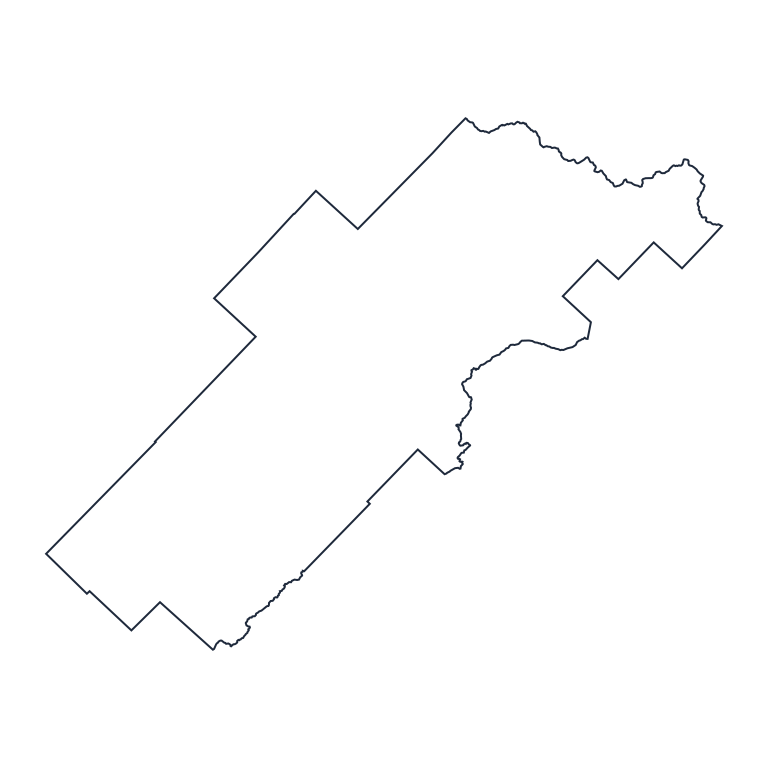 outline of 25 de Mayo, Buenos Aires, Argentina
{"feature_id": "61730980B17361655515044", "entity_name": "25 de Mayo", "entity_type": "district", "adm_level": 2, "iso_a3": "ARG", "parent_name": "Argentina", "parent_adm1": "Buenos Aires", "projection": "robinson", "projection_center": [-59.976, -35.554], "detail": "fine", "context": "isolated", "style": "outline", "palette": "slate", "viewbox_px": 768, "rotation_deg": 0, "n_neighbors": 0, "source": "geoboundaries", "source_scale": "gbopen_adm2", "svg_char_len": 6124}
<svg xmlns="http://www.w3.org/2000/svg" viewBox="0 0 768 768"><path d="M587.6,338.9L590.9,322.2L562.8,296.2L597.4,260.2L618.4,279.1L653.7,242.4L682.0,268.3L705.2,244.0L721.9,226.0L718.5,224.3L716.6,224.8L715.0,224.2L713.3,224.4L712.2,223.9L710.5,222.3L707.7,222.2L706.3,221.2L705.9,220.5L706.4,218.2L706.0,217.6L705.3,217.3L702.6,217.5L702.1,217.2L701.7,216.9L701.2,215.0L699.8,213.6L699.7,211.0L698.9,210.1L698.7,209.4L699.0,206.9L698.1,205.7L697.6,203.8L697.8,202.9L698.6,201.1L698.4,199.8L697.5,199.0L697.5,198.6L700.2,195.8L701.5,192.1L702.5,191.1L703.6,189.1L703.7,188.0L704.5,186.3L704.4,185.3L704.1,184.8L701.6,183.1L700.6,181.6L700.6,180.5L703.0,176.6L703.1,175.6L699.9,173.5L697.7,171.3L696.6,169.5L694.6,167.8L692.2,166.1L689.6,165.4L689.0,164.9L688.4,163.2L688.6,161.2L687.8,159.9L684.8,159.3L683.8,159.6L682.4,164.3L681.3,165.5L680.0,165.7L679.0,165.3L677.5,166.0L676.6,165.7L675.3,166.1L674.4,165.5L673.5,165.4L672.5,166.1L669.7,168.8L668.6,170.8L665.8,172.1L664.7,173.1L662.3,173.2L661.4,173.0L659.6,171.5L656.4,172.0L655.7,172.4L655.1,174.1L653.5,175.3L653.1,176.9L652.5,177.8L651.2,178.1L645.7,178.2L643.1,179.0L642.2,180.1L642.7,182.1L642.7,183.4L642.0,184.6L641.8,186.2L640.8,186.7L639.8,186.8L638.2,185.8L635.0,185.1L633.0,184.1L631.4,182.8L627.6,182.2L627.0,181.9L626.1,179.6L625.6,179.5L624.2,180.3L622.5,183.7L619.2,185.7L617.5,185.9L616.0,186.5L614.5,186.4L613.8,185.5L612.8,183.0L610.7,182.1L609.2,180.1L607.0,179.4L606.3,177.8L605.9,176.1L603.4,173.5L601.8,170.8L600.7,170.5L599.3,171.7L597.6,172.2L594.8,171.4L594.4,171.1L594.4,170.4L595.8,167.5L595.6,166.3L594.8,165.3L594.0,165.0L592.8,162.5L590.9,162.3L590.2,161.8L588.4,158.0L587.5,157.3L586.2,157.6L584.1,159.7L579.1,162.8L577.8,163.3L576.9,163.2L575.6,162.1L574.7,160.2L573.7,159.6L572.5,159.9L570.6,160.8L568.2,161.0L567.3,160.0L564.2,159.2L562.1,157.0L561.2,155.2L561.3,153.5L560.8,152.7L560.0,152.4L559.6,151.8L558.9,151.5L558.6,149.9L557.9,148.5L556.5,148.4L555.6,147.8L554.4,147.6L551.9,148.0L550.4,146.9L548.1,146.7L546.8,146.2L544.2,146.9L543.7,147.3L543.0,147.0L540.2,144.5L539.8,142.0L539.4,137.5L537.4,135.1L537.4,134.4L536.3,132.3L535.3,131.3L533.5,131.7L532.3,130.4L530.9,130.0L530.2,128.9L527.0,126.0L525.9,123.7L525.5,123.6L525.0,123.9L524.4,123.2L523.7,123.2L523.0,122.7L521.9,123.3L519.9,123.2L519.5,122.5L517.5,121.8L516.2,122.6L514.7,124.1L513.9,124.4L513.1,124.2L512.3,123.4L510.9,123.4L508.3,124.4L507.3,123.9L504.5,125.4L503.7,125.1L502.8,125.4L502.3,124.9L501.8,125.0L499.3,126.5L498.2,128.5L496.0,129.0L494.3,130.1L490.7,131.4L489.0,132.9L485.7,131.5L484.8,131.7L483.2,130.9L481.4,131.2L480.0,130.9L479.4,130.2L477.9,129.4L477.1,128.1L474.8,126.5L473.1,123.0L472.5,122.5L470.1,122.2L467.6,120.4L466.8,119.0L465.5,118.3L451.4,132.6L432.5,153.2L357.8,229.0L315.9,190.8L294.4,213.9L293.7,213.9L258.2,252.4L214.1,298.3L255.7,336.7L155.0,441.5L155.7,442.1L46.1,553.8L86.9,593.7L89.6,591.2L131.4,630.4L160.0,602.2L212.9,649.7L214.1,648.9L216.1,644.4L216.8,643.4L218.1,642.5L218.5,641.6L220.3,640.6L221.6,640.6L224.3,642.7L225.3,642.9L226.1,643.8L228.4,643.5L229.8,644.3L230.5,644.9L230.5,645.9L231.1,646.3L233.4,644.3L234.8,644.2L236.4,643.3L237.2,642.4L237.2,641.0L238.4,639.9L239.3,640.2L240.1,639.5L240.7,639.4L241.7,638.3L243.2,637.9L244.0,636.3L245.5,634.7L245.7,634.2L247.4,632.8L247.5,632.0L248.7,630.4L248.3,629.3L249.3,628.6L249.9,627.4L249.6,626.6L248.4,626.5L246.5,625.4L245.8,623.2L245.9,622.6L247.1,621.5L247.7,619.3L248.7,619.1L249.2,618.1L250.2,617.5L251.7,617.5L252.4,616.4L254.8,616.2L255.9,615.0L255.9,614.1L256.4,613.4L257.8,612.7L259.2,611.4L261.5,610.6L266.5,606.5L267.3,606.1L268.4,606.0L268.9,605.1L269.0,602.9L270.2,601.5L270.7,601.0L272.7,600.8L274.0,599.2L273.9,598.4L274.3,597.9L275.6,597.2L277.0,597.5L277.5,597.1L277.9,595.7L278.8,595.2L278.8,593.9L279.9,592.7L280.2,591.7L280.0,591.2L281.7,590.9L282.5,589.5L283.8,588.7L284.6,587.5L284.9,586.0L284.1,585.5L285.2,583.9L286.7,584.0L289.1,582.1L291.1,582.2L291.9,580.8L294.5,579.6L297.1,580.0L299.0,579.6L300.2,577.3L302.1,575.6L302.0,574.9L301.2,573.5L301.3,572.4L302.8,571.6L302.8,570.8L304.2,571.2L369.8,503.8L367.4,501.5L417.8,449.5L444.6,474.2L446.5,473.5L447.1,472.8L449.6,471.6L450.4,470.8L455.0,468.2L458.1,467.8L459.7,468.8L460.5,468.6L460.9,466.1L462.7,464.2L462.7,463.7L462.0,462.7L462.5,461.8L462.1,461.6L460.5,461.8L459.9,461.6L459.5,461.2L460.1,459.3L459.4,458.8L458.2,458.9L457.7,458.4L457.6,457.8L457.9,457.1L459.6,455.6L461.2,453.2L461.8,452.8L463.8,452.6L464.3,450.4L465.6,449.9L467.7,447.6L470.1,445.5L470.0,445.1L468.6,444.1L467.8,443.0L466.6,442.8L466.2,443.0L465.8,443.9L465.0,443.6L464.2,444.0L463.4,444.6L463.3,445.2L462.6,445.4L460.4,445.7L459.8,445.3L458.8,443.5L459.0,442.4L460.1,441.6L460.4,441.0L460.7,439.6L461.2,439.0L460.9,435.3L461.1,433.9L460.4,432.0L458.5,429.3L458.7,428.5L458.6,427.3L456.3,425.6L456.3,425.2L457.1,424.7L458.9,424.7L459.5,425.3L460.4,425.4L460.9,422.7L462.8,420.4L462.5,419.3L462.6,418.8L464.7,417.8L465.8,416.3L467.7,414.4L468.8,412.3L468.8,411.7L470.8,409.1L471.0,407.8L470.5,406.3L470.4,404.9L470.8,403.7L470.5,402.4L471.7,399.6L471.1,397.5L470.8,397.1L469.6,397.2L469.1,396.9L467.0,393.1L464.1,390.2L463.4,386.6L462.1,384.3L462.3,383.2L463.3,381.9L465.2,381.4L465.9,380.9L466.8,379.3L470.5,378.0L471.5,375.6L471.1,374.2L472.0,371.7L471.4,370.8L471.5,370.1L472.8,369.5L473.7,368.2L474.8,368.6L475.6,369.7L476.2,369.7L476.4,368.8L478.1,369.0L478.5,368.7L479.4,366.9L480.7,365.2L481.7,364.8L482.9,364.7L485.1,363.4L487.2,361.6L490.0,360.7L491.7,358.6L492.1,357.6L492.8,357.1L496.8,355.3L499.5,354.6L501.3,352.1L503.6,351.0L505.1,349.8L506.1,348.4L508.4,347.9L509.5,346.0L510.7,344.9L513.1,344.7L514.4,345.0L518.1,344.1L519.1,343.5L520.3,342.0L521.8,340.7L528.9,340.5L532.3,341.0L534.9,342.4L537.6,342.7L539.2,343.4L540.0,343.3L541.7,344.3L543.8,343.9L545.7,345.2L546.4,345.2L547.7,346.2L549.4,346.5L550.8,347.5L552.9,348.0L553.9,347.9L555.7,348.7L558.4,349.2L560.1,350.1L560.7,350.1L561.6,349.8L563.4,350.0L567.4,348.3L572.5,347.1L575.7,345.0L577.1,342.1L579.2,340.6L580.4,340.3L581.9,339.2L583.0,339.1L584.7,337.7L586.1,338.8L587.6,338.9Z" fill="none" stroke="#1e293b" stroke-width="2"/></svg>